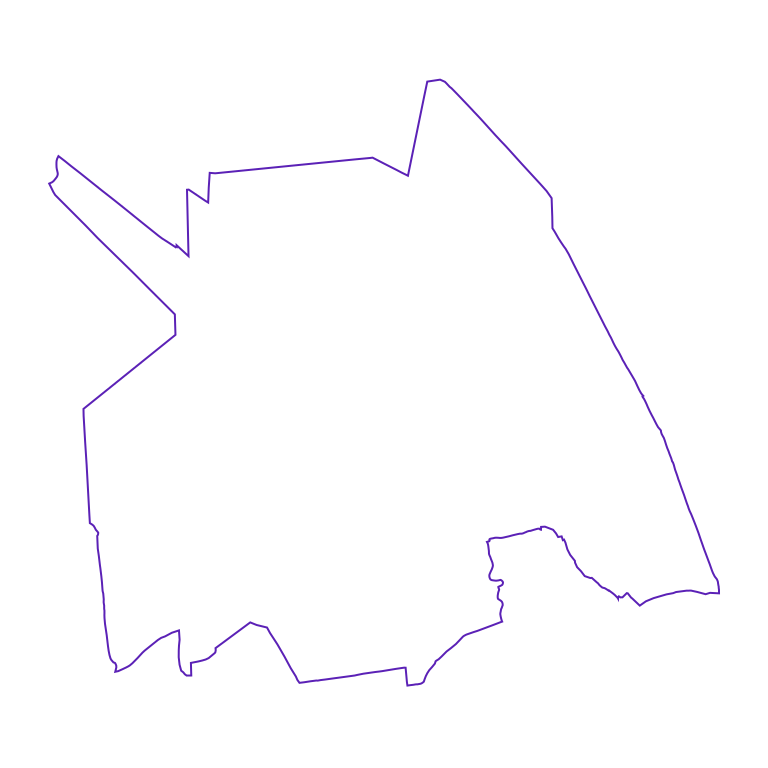 Bolintin-Deal, Giurgiu, Romania (Equal Earth projection), rotated 268°
{"feature_id": "2599482B7504561423592", "entity_name": "Bolintin-Deal", "entity_type": "district", "adm_level": 2, "iso_a3": "ROU", "parent_name": "Romania", "parent_adm1": "Giurgiu", "projection": "equal_earth", "projection_center": [25.812, 44.45], "detail": "fine", "context": "isolated", "style": "outline", "palette": "violet", "viewbox_px": 768, "rotation_deg": 268, "n_neighbors": 0, "source": "geoboundaries", "source_scale": "gbopen_adm2", "svg_char_len": 6062}
<svg xmlns="http://www.w3.org/2000/svg" viewBox="0 0 768 768"><g transform="rotate(268 384 384)"><path d="M163.1,711.5L166.6,711.6L168.7,711.4L169.8,711.4L170.9,711.2L173.2,710.9L174.5,710.8L175.6,710.5L176.4,710.2L177.2,709.9L177.9,709.4L180.1,707.8L181.6,707.1L183.3,706.3L184.6,705.8L186.3,705.2L187.6,704.8L189.8,704.1L192.7,703.2L195.3,702.3L204.0,699.4L206.9,698.4L209.4,697.6L213.3,696.4L217.4,695.1L224.1,693.1L226.5,692.3L231.3,690.7L238.4,688.2L243.3,686.4L246.3,685.1L249.1,684.1L251.3,683.5L253.9,682.6L259.5,680.9L262.6,680.0L268.6,678.0L272.7,676.7L275.4,675.9L278.3,674.9L281.6,674.0L283.6,673.4L288.3,671.9L293.1,670.8L295.6,670.0L296.5,669.3L299.6,668.5L304.4,666.8L306.7,666.1L310.2,664.8L313.5,663.8L317.5,662.7L320.3,661.8L322.8,660.5L324.5,659.7L326.4,659.2L327.9,659.1L329.8,657.6L331.3,656.4L334.0,655.0L337.2,653.5L340.9,651.8L343.5,650.5L347.8,648.5L352.1,646.7L354.5,645.8L357.8,644.4L360.3,643.2L361.7,642.2L362.6,641.9L363.1,642.7L364.4,641.6L365.8,640.6L368.9,639.0L373.0,637.2L378.3,635.0L382.6,632.7L387.2,630.2L390.3,628.5L391.8,627.5L397.3,624.7L398.5,624.0L400.0,623.2L401.7,622.5L403.9,621.5L406.2,620.4L408.2,619.4L410.4,618.1L411.8,617.3L414.3,616.0L417.1,614.7L422.3,612.5L425.6,610.8L428.2,609.7L429.7,609.0L430.9,608.4L432.7,607.5L433.7,607.0L464.6,592.7L472.0,589.4L478.4,586.4L497.4,577.6L507.2,573.2L512.8,570.2L515.1,568.6L519.4,565.9L523.4,563.5L527.4,561.4L530.6,559.7L533.8,557.8L545.1,558.0L563.9,558.0L571.2,553.2L578.3,547.3L599.5,529.1L617.2,514.2L622.8,509.2L628.9,503.9L643.9,491.3L648.2,487.6L652.6,483.7L657.9,479.1L671.5,467.0L677.2,461.8L678.7,460.0L682.3,456.9L683.9,455.4L686.2,450.7L684.7,437.8L669.6,434.1L591.3,415.2L592.3,413.4L594.7,408.9L597.4,404.2L604.7,391.0L610.6,380.5L610.4,378.3L609.5,363.1L600.5,223.3L600.5,222.4L601.1,217.2L586.3,215.7L571.5,214.6L573.2,212.0L585.1,195.6L585.0,193.9L518.6,193.1L529.9,181.6L528.5,181.6L528.8,181.2L527.9,180.6L532.8,173.7L537.2,167.3L540.1,163.7L554.3,147.2L569.4,129.8L577.3,120.6L587.3,108.7L605.1,88.0L612.6,79.0L617.9,72.9L623.1,66.6L620.5,65.2L618.5,64.6L617.0,64.4L614.6,64.3L612.0,64.3L610.2,64.5L607.1,65.1L606.0,65.3L604.5,65.2L602.7,64.5L600.9,63.1L600.0,62.3L598.7,61.2L597.6,59.9L597.1,59.1L596.0,56.4L587.3,60.3L584.3,62.0L552.6,91.5L539.9,102.9L502.7,138.4L487.4,152.6L460.9,177.4L440.4,177.3L369.6,82.8L362.7,82.7L336.6,83.3L313.3,84.0L262.6,85.0L255.2,85.2L253.9,87.2L252.5,88.8L250.6,89.9L248.4,90.9L246.2,92.7L245.4,93.2L244.2,93.1L243.0,92.7L242.2,92.1L229.5,92.2L222.1,93.0L212.6,93.8L209.8,94.1L201.7,94.8L195.7,95.2L187.9,95.5L186.7,95.6L184.4,96.1L180.4,96.3L178.6,96.4L177.3,96.3L175.6,96.2L173.8,96.4L172.4,96.6L169.1,96.5L167.3,96.7L164.3,96.6L162.9,96.5L159.8,96.5L154.1,96.8L149.7,97.3L142.7,98.1L131.7,99.0L127.0,99.5L122.7,100.2L119.2,101.1L117.7,101.9L115.2,103.9L114.8,105.1L114.4,105.6L113.3,106.1L111.9,106.6L110.1,106.6L105.8,105.4L106.1,107.0L106.3,108.3L108.1,112.7L109.7,116.4L110.7,118.5L111.6,120.1L113.7,122.8L118.7,128.1L123.9,133.2L125.9,135.5L136.0,149.0L138.1,152.5L139.4,156.4L142.8,163.3L144.9,170.5L135.5,170.8L129.8,170.0L125.2,169.6L118.1,169.3L110.6,169.9L104.6,171.3L102.8,173.4L100.9,174.8L99.5,176.6L99.4,181.2L112.0,181.3L113.2,188.8L114.0,192.7L114.9,196.2L116.2,199.2L119.2,203.1L120.9,205.3L121.6,206.0L123.5,206.5L125.1,206.5L125.9,206.4L150.4,242.0L147.6,248.3L144.7,258.6L139.1,261.4L127.5,268.4L114.9,275.1L103.2,280.9L94.8,285.7L91.3,287.1L88.3,289.1L88.7,293.7L89.5,300.4L90.0,305.8L89.9,307.6L90.3,310.2L90.7,314.8L91.1,318.7L91.4,321.6L92.3,330.7L93.7,344.6L94.2,347.2L95.2,353.3L95.6,357.1L96.0,360.8L96.5,365.5L96.8,369.1L97.1,372.1L97.9,378.3L98.9,386.1L99.8,394.1L99.7,395.7L85.3,396.5L81.8,396.9L82.1,399.7L82.4,403.1L82.7,405.1L82.7,406.9L83.0,409.0L83.2,410.3L83.9,411.8L85.1,413.4L87.3,414.2L90.6,415.6L93.5,417.2L96.5,419.3L99.5,422.2L102.8,425.1L105.1,425.9L105.7,426.7L107.0,429.0L109.6,432.0L114.5,437.2L117.7,441.7L121.6,446.8L126.0,451.3L128.8,454.1L129.6,455.3L130.7,457.6L133.0,465.1L134.0,468.7L139.0,483.7L141.9,492.2L142.4,493.8L143.8,493.3L145.5,492.9L147.5,492.5L149.9,492.2L151.0,492.3L152.2,492.6L154.1,493.0L154.9,493.2L156.3,493.9L157.6,494.4L158.8,494.9L160.0,494.9L161.1,494.7L162.1,494.3L163.0,493.6L163.7,492.7L164.8,491.1L165.4,490.4L165.6,490.4L166.3,490.2L167.5,490.2L168.8,490.3L171.7,490.9L173.3,491.5L174.1,491.8L174.7,491.9L175.3,491.7L176.0,491.4L176.7,491.2L177.3,491.2L178.4,493.8L178.8,494.5L179.1,495.1L179.5,495.4L179.9,495.6L180.5,495.8L181.2,496.0L181.9,495.9L182.7,495.5L183.5,494.7L184.1,493.8L184.1,493.3L183.7,491.4L183.5,489.1L183.8,487.1L184.2,485.0L184.4,484.5L184.8,483.8L185.3,483.4L185.9,483.1L186.7,482.8L187.7,482.6L189.3,482.6L190.2,482.9L192.8,484.1L195.1,485.3L197.1,486.1L198.2,486.4L199.0,486.5L200.5,486.3L201.7,486.1L203.7,485.4L205.3,484.8L207.3,484.2L209.2,483.4L210.6,483.0L213.5,483.0L218.1,482.6L219.7,482.4L221.0,482.1L222.6,481.4L223.2,483.7L223.8,484.1L224.4,483.9L224.8,483.9L225.1,484.0L225.4,484.3L225.6,484.8L225.8,485.8L226.1,487.9L226.4,489.2L226.5,490.6L226.4,491.8L226.3,493.1L226.1,494.5L226.1,496.1L226.3,497.7L227.5,503.9L228.3,507.3L229.3,512.3L229.7,514.8L229.6,515.8L229.7,516.9L230.0,518.1L230.5,519.2L231.1,520.9L231.6,522.0L231.8,522.8L232.0,523.6L232.1,524.5L232.1,525.3L232.3,525.9L232.9,528.1L233.7,531.3L234.0,532.7L234.0,533.5L234.0,534.1L233.4,534.7L233.0,535.4L232.9,535.8L235.7,536.0L235.8,539.9L232.4,547.9L228.7,550.7L225.0,552.7L225.5,556.2L221.7,557.3L222.2,558.5L219.1,559.8L212.3,561.5L206.7,564.1L200.6,568.6L198.8,568.7L194.2,570.6L190.1,574.3L185.0,577.9L182.9,583.4L183.0,584.9L178.2,589.9L177.5,590.8L175.5,592.3L174.5,593.3L173.7,594.2L173.0,595.0L172.7,595.9L172.4,597.0L172.0,597.9L171.0,599.4L169.5,601.5L169.8,601.7L168.4,603.4L166.8,605.4L165.0,607.4L162.0,610.1L161.4,610.4L162.9,610.5L163.6,611.3L162.5,612.8L162.5,614.9L166.5,619.3L166.3,620.3L161.9,623.5L161.1,624.5L153.6,631.9L157.7,638.2L160.6,646.0L163.9,659.0L164.9,665.7L165.9,668.6L166.9,679.2L166.8,683.7L165.3,689.6L162.7,698.1L163.9,702.5L163.1,711.5Z" fill="none" stroke="#5b21b6" stroke-width="2"/></g></svg>